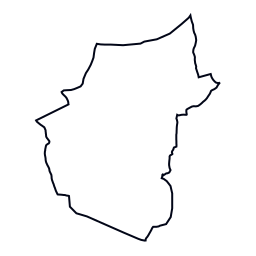 outline of Monier, Gros Islet, Saint Lucia
{"feature_id": "8701671B21062082038543", "entity_name": "Monier", "entity_type": "district", "adm_level": 2, "iso_a3": "LCA", "parent_name": "Saint Lucia", "parent_adm1": "Gros Islet", "projection": "natural_earth1", "projection_center": [-60.941, 14.03], "detail": "fine", "context": "isolated", "style": "outline", "palette": "ink", "viewbox_px": 256, "rotation_deg": 0, "n_neighbors": 0, "source": "geoboundaries", "source_scale": "gbopen_adm2", "svg_char_len": 4330}
<svg xmlns="http://www.w3.org/2000/svg" viewBox="0 0 256 256"><path d="M190.4,15.4L188.8,17.7L181.5,24.1L169.8,33.6L156.8,39.3L144.3,41.6L140.5,43.6L123.1,45.2L110.8,44.6L104.9,44.6L100.6,44.4L96.8,43.8L96.2,45.4L94.8,48.8L94.1,53.0L93.5,57.6L92.2,61.2L90.7,64.9L88.2,69.6L85.9,73.1L83.5,78.9L82.7,83.6L80.6,86.4L77.4,87.8L74.2,89.1L71.0,90.0L66.8,90.2L63.8,90.4L61.6,92.0L61.8,92.6L62.0,93.0L62.3,93.4L62.5,93.6L62.7,94.0L65.7,96.9L66.1,97.5L66.5,97.9L66.7,98.4L67.1,99.1L67.3,99.6L67.6,100.2L67.7,100.4L67.9,100.9L68.1,101.5L68.2,102.0L68.3,102.7L68.3,103.3L68.4,103.9L68.5,104.4L36.1,120.4L36.8,121.6L39.3,123.7L39.7,124.0L40.3,124.5L40.8,124.9L41.3,125.2L41.8,125.5L42.3,125.9L42.8,126.3L43.4,126.6L43.8,127.0L44.2,127.2L44.4,127.5L44.6,128.0L44.9,128.6L45.1,129.2L45.4,129.8L45.6,130.5L45.6,131.4L45.7,131.9L45.8,132.7L45.8,133.3L46.0,134.1L46.0,134.7L46.1,135.4L46.1,135.9L46.2,136.6L46.4,137.1L46.6,137.4L47.0,138.1L47.7,138.9L48.0,139.4L48.2,139.7L48.6,140.1L49.0,140.7L49.3,141.1L49.4,141.4L49.3,142.2L49.2,142.7L48.9,143.2L48.5,143.6L47.8,143.9L47.3,144.3L46.7,144.7L46.3,145.1L46.1,145.5L45.9,146.2L45.7,147.0L45.6,147.7L45.4,148.5L45.3,149.1L45.2,149.8L45.2,150.4L45.0,151.1L44.9,151.5L44.9,152.2L44.8,152.8L44.8,153.3L44.8,153.8L44.9,154.5L45.0,155.4L45.2,156.2L45.3,156.8L45.4,157.3L45.5,158.1L45.6,158.8L45.6,159.5L45.7,160.3L45.8,160.8L45.9,161.4L46.1,162.1L46.3,162.7L46.6,163.4L47.0,164.2L47.3,164.9L47.6,165.6L48.1,166.3L48.4,167.0L48.7,167.6L49.0,168.2L49.2,168.8L49.3,169.5L49.5,170.8L49.9,171.9L50.2,172.4L50.5,173.1L50.8,173.8L51.2,174.4L51.4,175.3L51.5,176.0L51.6,176.9L51.6,177.7L51.7,178.6L51.9,179.4L52.0,180.0L52.4,181.0L52.7,181.9L53.0,182.8L53.5,183.9L53.7,184.4L53.8,184.9L54.1,185.8L54.5,187.0L54.8,187.6L55.1,188.5L55.4,189.4L55.6,190.0L55.9,190.8L56.2,191.5L56.7,192.5L57.6,194.4L58.1,194.5L59.9,194.6L61.2,194.7L62.1,194.8L62.9,194.9L63.6,195.0L64.3,195.0L65.2,195.1L66.3,195.5L67.1,195.6L67.7,195.7L68.5,195.8L68.8,195.9L69.0,196.0L69.9,206.7L75.2,212.1L76.1,213.0L76.4,213.3L80.2,214.4L86.9,216.4L97.3,221.0L123.9,232.7L138.2,238.8L141.2,239.9L144.7,240.6L145.6,240.5L145.6,240.3L145.6,240.1L145.6,239.6L145.9,238.7L146.4,237.9L147.2,237.0L148.2,235.5L149.1,233.9L150.3,231.8L151.5,229.6L152.0,228.4L152.2,228.1L152.7,227.4L152.8,227.2L153.2,226.8L155.1,226.8L156.4,226.8L158.7,226.4L159.9,225.7L166.1,224.1L170.7,217.1L172.2,208.3L172.2,193.4L170.5,186.0L168.6,183.5L166.7,181.1L163.7,178.9L161.7,178.2L162.1,176.8L162.3,176.6L162.5,176.2L162.3,175.5L162.4,174.8L162.8,174.4L163.0,174.5L163.2,174.8L163.5,175.1L164.2,174.8L165.1,174.2L165.7,173.7L166.7,173.3L167.4,173.3L168.9,172.7L169.4,172.3L169.7,171.5L170.4,170.5L170.5,170.0L169.9,168.7L169.6,167.9L169.4,166.9L169.3,166.2L169.1,165.1L169.1,163.6L169.2,162.3L169.3,161.1L169.4,160.2L169.5,159.4L169.6,158.3L169.6,157.3L169.6,156.4L170.0,155.6L170.5,155.2L171.6,154.6L172.1,154.3L172.4,154.0L172.3,153.5L172.0,152.7L171.9,152.2L172.1,151.4L172.6,150.5L173.3,149.6L173.6,148.3L174.0,147.5L175.1,147.1L176.4,146.6L176.5,145.0L176.4,143.7L176.4,141.3L176.3,139.3L176.3,137.4L176.3,136.0L176.3,134.7L176.5,133.6L176.6,132.1L176.6,130.8L176.7,129.5L176.7,128.4L176.8,126.8L177.0,125.0L177.3,123.3L177.4,122.1L176.9,119.8L176.4,118.5L177.2,114.8L177.9,115.2L178.6,115.4L179.8,115.2L181.5,114.8L183.0,114.7L184.3,114.7L186.0,114.8L186.4,114.8L186.7,114.6L186.7,114.2L186.6,113.5L186.4,112.4L186.3,110.9L186.5,109.7L187.4,109.0L191.8,106.6L192.7,106.4L193.7,106.2L195.1,106.3L196.2,106.3L196.7,106.2L197.3,106.1L197.8,106.0L198.3,105.8L198.8,105.4L199.2,105.2L200.5,104.2L202.0,102.9L203.2,101.7L204.4,100.8L205.6,99.7L206.9,98.2L208.1,96.3L209.0,95.0L209.9,93.7L210.5,92.3L211.0,91.0L211.7,90.4L212.7,89.9L214.0,89.3L215.0,88.7L216.5,87.6L216.8,87.1L217.3,86.2L217.7,85.4L219.9,82.5L219.2,82.9L218.0,83.1L216.0,82.6L214.8,81.6L213.4,80.1L212.7,79.1L211.8,77.6L211.3,76.4L211.0,75.1L210.7,74.0L198.7,77.3L198.2,74.8L197.1,71.6L196.5,69.7L196.0,68.2L196.2,66.6L195.7,64.7L195.2,63.3L195.0,61.6L194.8,60.1L194.8,58.8L194.9,57.1L194.5,55.7L194.0,54.3L193.2,52.5L193.2,51.4L193.4,49.7L193.8,48.3L194.5,46.9L195.1,45.6L195.4,44.3L195.8,42.5L196.2,40.2L196.0,38.6L195.7,36.6L195.1,34.6L194.2,32.8L193.6,30.6L193.2,28.2L193.1,25.9L193.0,24.7L192.4,23.1L191.8,21.5L191.2,19.1L190.7,17.0L190.4,15.4Z" fill="none" stroke="#020617" stroke-width="2"/></svg>